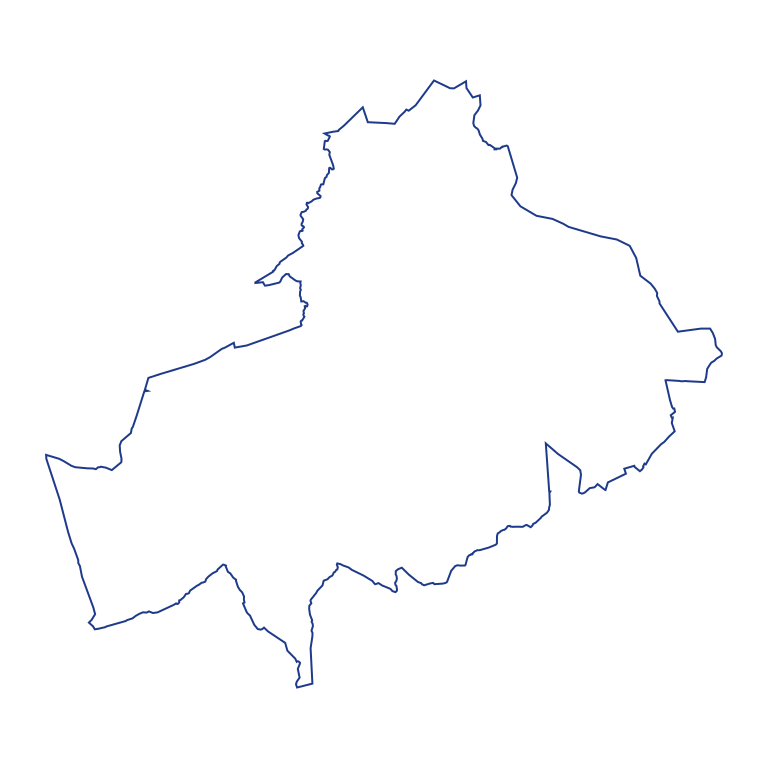 outline of Time nor, Rogaland, Norway, rotated 90°
{"feature_id": "86288312B70741506044896", "entity_name": "Time nor", "entity_type": "district", "adm_level": 2, "iso_a3": "NOR", "parent_name": "Norway", "parent_adm1": "Rogaland", "projection": "albers", "projection_center": [5.769, 58.707], "detail": "fine", "context": "isolated", "style": "outline", "palette": "blue", "viewbox_px": 768, "rotation_deg": 90, "n_neighbors": 0, "source": "geoboundaries", "source_scale": "gbopen_adm2", "svg_char_len": 6125}
<svg xmlns="http://www.w3.org/2000/svg" viewBox="0 0 768 768"><g transform="rotate(90 384 384)"><path d="M622.6,679.1L626.3,675.0L629.3,673.2L628.8,669.9L627.1,662.5L626.5,661.7L621.0,642.2L620.1,640.9L618.4,635.6L615.7,632.0L613.7,628.4L612.3,624.9L612.6,621.4L611.4,619.1L613.0,615.1L612.4,610.5L604.8,594.1L603.4,591.9L604.0,590.9L603.9,590.2L602.5,588.8L600.4,588.8L600.1,587.6L597.2,584.2L593.9,582.0L593.8,580.7L593.3,579.2L590.6,577.9L585.7,571.0L584.9,569.3L582.7,566.3L582.5,564.8L581.6,562.7L579.1,561.9L576.6,559.6L573.3,555.4L571.1,551.0L569.5,550.4L564.7,545.1L564.6,544.5L565.6,542.0L566.3,542.3L571.8,540.1L573.4,537.7L577.7,534.7L579.8,531.9L580.9,532.0L586.8,530.1L589.9,528.2L592.4,525.8L596.4,524.0L599.7,524.1L602.5,523.5L603.4,525.0L611.7,521.5L613.3,520.5L615.6,518.0L624.7,513.8L629.0,510.3L629.6,507.6L629.2,505.9L627.6,504.0L631.4,500.0L642.9,482.8L650.7,480.6L658.7,472.7L661.8,471.3L661.3,470.6L661.4,469.6L662.6,468.1L663.7,468.1L668.9,470.2L677.6,468.4L681.6,471.2L684.3,472.0L687.5,470.9L683.6,455.6L648.2,457.4L636.3,455.6L632.9,455.5L630.7,456.5L626.2,455.1L624.1,455.3L621.5,456.4L620.4,455.8L614.7,458.0L609.1,458.8L605.8,458.7L603.3,456.7L600.8,457.5L599.7,457.2L593.1,451.9L590.6,450.5L585.4,445.5L580.7,444.3L579.3,440.6L577.0,438.3L575.5,435.6L572.5,434.2L571.7,432.8L570.2,432.0L569.4,430.7L567.0,430.2L564.7,431.2L563.4,430.7L564.2,427.4L565.4,425.1L567.5,419.3L569.9,416.1L575.5,404.6L580.9,395.7L583.9,393.3L584.2,392.6L583.1,389.5L585.5,385.8L588.5,378.4L589.4,377.0L591.1,375.6L592.1,372.6L591.2,371.4L589.8,371.0L586.1,371.5L584.9,372.5L582.8,372.9L580.8,371.6L578.6,371.1L575.9,371.5L574.4,372.3L571.1,372.2L569.2,369.9L567.7,366.2L574.7,359.1L582.0,350.0L583.2,346.7L584.2,346.1L585.3,343.9L583.4,337.7L582.9,334.8L584.2,333.6L583.6,325.3L583.1,323.0L582.4,321.4L581.5,320.8L570.8,316.8L566.1,312.8L565.3,310.8L565.6,306.9L565.5,303.1L564.9,302.5L557.1,300.4L555.3,298.9L554.7,297.0L554.1,296.7L554.3,295.6L553.0,295.2L552.6,294.4L551.5,293.6L550.2,290.6L550.2,288.4L547.6,279.3L544.7,272.2L543.5,271.1L536.0,271.0L533.5,270.3L532.1,268.1L531.3,267.5L530.0,264.9L529.8,263.6L528.5,261.9L526.2,260.3L525.9,258.1L526.7,257.3L526.6,256.5L526.9,254.8L526.7,253.0L526.8,245.3L525.1,242.2L525.0,241.2L527.2,237.3L525.6,235.6L523.9,234.8L522.7,232.3L517.9,227.2L516.6,226.3L512.7,221.0L509.8,219.0L507.7,218.9L504.8,218.1L492.9,218.6L491.5,217.7L491.3,218.8L443.4,222.2L453.9,210.1L467.3,190.8L470.2,187.8L474.7,187.0L491.5,189.2L492.6,188.6L493.6,186.1L493.3,184.7L492.4,183.0L488.1,178.2L487.4,173.9L486.9,173.0L484.1,170.4L489.6,163.4L490.0,162.5L482.4,160.1L473.7,142.1L468.7,143.7L465.8,133.7L467.0,133.3L471.2,128.1L469.5,126.0L467.2,124.5L466.3,124.9L463.6,123.5L464.4,122.2L453.8,116.2L444.2,106.9L441.9,103.7L436.6,99.0L431.3,93.3L423.0,96.2L417.5,95.2L417.6,96.3L415.2,97.2L411.9,93.0L408.5,93.7L408.6,94.8L407.1,95.9L400.1,98.0L380.3,102.5L380.1,101.8L380.9,89.0L381.3,86.4L381.0,81.9L381.2,81.1L382.1,63.4L377.4,61.9L368.9,60.8L365.7,58.8L362.8,56.9L360.8,53.7L358.5,51.3L355.7,46.6L354.4,46.1L352.9,46.2L351.1,47.3L347.2,51.3L345.0,52.3L339.0,52.9L333.2,55.1L328.6,57.9L328.6,67.1L331.7,90.1L303.4,108.5L301.4,108.5L296.0,111.1L293.0,110.8L288.6,113.3L283.6,117.4L275.7,127.7L258.0,131.8L245.8,138.3L239.5,151.2L236.4,167.3L226.9,199.4L223.7,204.9L218.9,215.5L215.8,231.5L206.3,247.6L195.1,256.5L189.7,255.4L183.0,252.1L177.7,250.8L146.3,260.2L145.6,261.2L145.7,261.9L146.5,264.7L147.1,265.7L146.8,265.9L148.7,268.2L148.6,271.5L149.3,271.6L149.3,273.4L148.4,273.2L144.9,278.1L145.1,279.5L141.9,282.1L140.9,285.0L138.6,285.6L134.6,288.1L130.4,289.4L128.7,290.6L127.5,292.4L126.0,293.9L123.2,294.7L115.2,293.6L110.5,290.0L105.4,287.5L95.3,288.2L97.5,295.2L88.1,301.5L81.3,302.0L88.4,314.1L88.2,318.0L80.5,334.0L105.3,352.4L110.7,359.3L109.6,361.7L111.8,363.4L116.6,368.5L123.8,373.3L123.1,381.5L122.2,400.2L107.3,405.2L125.6,424.0L130.0,429.3L131.0,429.7L131.8,435.2L133.5,443.4L135.4,440.1L135.9,438.6L136.6,438.2L140.8,440.2L141.1,440.9L140.8,442.7L141.3,443.2L149.0,444.2L149.5,443.3L149.4,441.4L149.8,439.9L152.2,438.2L154.8,438.7L165.2,434.9L168.7,434.2L169.3,434.9L169.4,436.0L167.9,437.7L167.8,438.3L168.1,438.8L172.9,439.1L175.1,441.1L176.9,441.5L178.1,443.1L184.3,444.7L184.3,446.6L184.6,447.1L187.0,447.8L188.4,448.7L190.7,448.6L191.9,450.8L193.3,450.7L196.1,447.4L197.5,447.7L197.9,448.3L198.6,451.7L199.7,454.6L201.3,456.3L203.2,459.8L202.7,460.7L202.8,461.1L204.5,461.5L207.1,459.9L208.7,460.3L209.7,461.7L210.8,462.2L211.8,464.3L212.1,466.3L214.9,467.5L215.9,467.3L219.2,464.8L221.9,465.3L223.8,466.4L225.2,466.4L225.7,466.0L226.3,464.6L227.2,464.0L229.4,465.8L230.7,465.4L231.0,466.0L231.0,467.6L231.5,468.2L235.1,469.6L238.2,468.9L241.7,466.1L243.2,466.2L244.6,465.1L245.8,464.7L253.0,475.2L255.5,479.9L257.6,481.7L261.6,487.4L262.3,488.2L263.8,488.5L266.1,491.3L269.5,493.1L270.7,494.1L270.6,494.6L271.0,495.0L271.8,495.0L282.4,512.6L283.0,512.6L282.2,505.1L285.6,503.1L285.6,502.3L285.0,498.6L282.9,490.0L282.5,488.6L281.7,487.8L277.5,485.8L274.0,481.9L274.0,481.4L274.3,480.0L274.1,479.4L276.4,478.2L280.3,472.8L281.3,470.8L281.5,467.4L282.8,467.7L285.3,467.2L288.1,467.9L289.8,467.2L291.7,467.9L295.6,468.1L297.4,467.3L301.5,466.7L301.2,464.5L302.8,462.2L302.7,461.4L302.9,461.1L304.5,460.4L306.3,460.9L306.5,461.5L305.9,462.7L306.3,463.3L308.2,462.9L311.0,464.5L313.4,464.1L314.3,464.7L315.9,464.3L316.7,463.6L320.5,465.9L320.5,466.5L321.3,467.3L324.1,467.0L325.0,466.4L326.1,467.3L328.3,473.6L330.5,478.9L345.5,521.3L347.6,533.2L342.8,534.2L347.8,543.4L348.8,546.1L357.2,558.0L359.9,563.0L364.0,574.3L374.0,607.7L377.9,619.6L389.8,623.1L390.9,620.4L391.4,623.7L415.6,631.3L426.8,635.1L428.6,636.3L433.0,637.1L441.1,646.6L445.3,648.3L451.7,647.9L458.7,646.5L461.8,646.6L462.5,647.0L470.1,656.2L467.7,662.0L466.7,667.0L467.2,668.2L467.3,669.9L469.2,672.1L468.5,674.7L468.3,681.0L467.2,692.8L465.8,696.6L461.3,704.0L458.8,708.8L454.9,721.9L459.0,721.6L499.6,708.3L532.0,699.9L543.3,696.4L548.9,693.8L560.0,689.8L563.1,689.7L566.0,688.1L576.7,686.0L607.7,674.6L614.2,672.9L619.9,676.4L622.6,679.1Z" fill="none" stroke="#1e3a8a" stroke-width="2"/></g></svg>